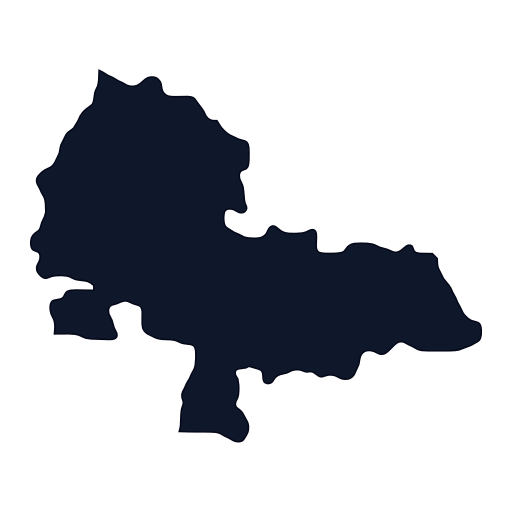 outline of Villa Rivas, Duarte, Dominican Republic
{"feature_id": "3306468B95722442714869", "entity_name": "Villa Rivas", "entity_type": "district", "adm_level": 2, "iso_a3": "DOM", "parent_name": "Dominican Republic", "parent_adm1": "Duarte", "projection": "albers", "projection_center": [-69.879, 19.149], "detail": "fine", "context": "isolated", "style": "filled", "palette": "ink", "viewbox_px": 512, "rotation_deg": 0, "n_neighbors": 0, "source": "geoboundaries", "source_scale": "gbopen_adm2", "svg_char_len": 5978}
<svg xmlns="http://www.w3.org/2000/svg" viewBox="0 0 512 512"><path d="M216.9,120.6L213.7,120.6L211.5,120.3L209.5,119.4L207.8,118.2L205.8,115.7L204.0,111.8L202.1,108.8L197.8,103.1L194.8,98.9L193.2,97.6L191.1,96.9L187.7,96.5L175.3,96.7L171.6,96.6L168.0,96.0L166.0,95.0L163.6,92.8L162.6,91.0L161.9,88.9L161.0,83.5L160.1,81.5L158.1,79.1L156.3,77.8L155.2,77.4L153.0,77.0L150.7,77.0L148.5,77.5L147.4,77.9L145.4,79.1L140.0,83.7L137.0,85.5L133.7,86.3L130.2,86.2L127.0,85.3L122.4,82.7L118.4,80.9L112.9,77.6L107.8,75.3L103.2,72.4L99.1,70.3L98.7,80.2L98.2,83.7L97.7,86.0L95.5,90.7L94.8,92.8L93.7,100.5L92.8,103.5L91.6,105.0L86.6,108.7L83.9,111.1L82.3,112.9L80.3,115.8L78.0,120.8L73.8,127.8L72.4,129.1L68.4,132.0L67.0,133.4L65.8,135.1L61.0,144.8L60.4,147.0L59.4,152.6L58.6,154.7L54.9,162.3L53.7,164.2L52.3,165.8L50.7,167.1L44.8,170.0L41.9,172.1L38.6,175.4L37.3,177.4L36.9,178.4L36.5,180.7L36.6,181.8L37.2,183.9L39.6,188.4L41.4,192.4L44.0,197.1L44.8,199.2L45.2,201.5L45.5,203.8L45.8,212.1L44.5,216.7L41.8,222.4L40.3,227.6L39.5,229.4L38.3,230.8L35.2,233.0L33.0,235.2L31.9,237.0L31.4,238.0L30.9,240.3L30.7,242.5L30.8,244.8L31.2,246.9L32.0,248.8L33.3,250.1L38.1,252.1L39.4,253.4L40.0,255.3L40.1,257.3L39.8,259.4L39.1,261.4L37.3,264.9L36.7,266.9L36.6,268.0L36.8,270.2L37.2,271.4L38.4,273.4L39.9,275.1L41.5,276.6L43.4,277.8L44.4,278.1L45.5,278.3L47.3,278.0L51.9,276.3L55.5,275.7L61.8,275.5L66.8,276.0L69.2,276.6L74.0,278.9L76.0,279.6L78.3,280.0L85.1,280.9L87.4,281.4L90.4,282.8L93.8,285.5L93.8,290.3L76.3,290.0L72.2,290.2L69.6,290.5L67.4,291.3L66.4,292.0L65.2,293.7L63.4,297.1L61.9,298.4L59.8,299.1L54.1,300.2L53.0,300.6L52.0,301.3L51.4,302.1L50.5,304.1L50.1,306.5L50.1,308.9L50.5,311.4L51.1,313.9L53.8,319.6L54.5,322.1L54.8,324.8L54.9,327.5L54.4,333.9L68.3,333.8L75.0,334.2L78.8,335.1L83.4,337.2L85.8,338.1L91.0,338.9L108.4,339.5L112.1,339.4L114.3,338.9L115.2,338.4L116.1,337.7L116.7,336.8L117.0,335.8L116.9,333.8L116.6,332.8L114.1,327.7L111.9,320.1L109.1,314.5L108.8,313.5L108.5,311.3L108.6,309.2L109.3,307.3L109.9,306.4L111.6,305.2L117.3,303.5L120.9,301.9L124.1,301.0L126.4,301.0L128.5,301.6L133.1,303.7L138.9,305.5L140.6,306.7L141.2,307.6L141.9,309.7L142.2,311.9L142.1,323.0L142.3,325.4L142.7,327.8L143.1,329.0L144.2,330.9L145.7,332.5L147.4,333.8L155.0,337.6L158.2,338.7L161.9,339.3L170.8,339.7L174.4,340.2L176.6,340.9L181.4,343.0L183.8,343.6L190.8,344.5L192.9,345.3L193.8,346.0L195.0,347.8L195.7,351.1L195.8,354.7L195.8,358.5L195.3,364.7L194.8,367.2L194.0,369.3L191.5,374.0L189.7,378.1L186.5,383.6L184.7,387.7L182.8,391.4L181.9,394.3L181.9,396.4L182.2,398.4L183.1,400.9L183.3,402.6L183.1,404.4L181.9,408.0L181.4,410.3L181.0,414.0L180.5,425.5L180.1,428.0L179.2,431.5L189.7,431.8L209.2,431.9L215.5,432.2L218.0,432.7L220.2,433.5L224.8,436.1L228.8,438.0L233.3,440.6L235.4,441.4L237.5,441.7L239.7,441.7L241.7,441.1L242.6,440.6L244.0,439.1L246.6,434.9L247.9,432.0L248.4,429.7L248.5,426.2L248.1,423.9L247.4,421.8L242.7,413.2L241.5,411.6L240.1,410.2L236.5,407.4L236.0,406.6L235.4,404.9L235.5,402.9L236.0,401.2L237.7,397.7L238.3,395.4L238.6,392.9L238.8,389.0L238.7,385.1L237.8,378.9L236.0,375.9L235.3,374.2L235.2,372.3L235.4,371.3L235.9,370.4L236.7,369.7L238.4,368.9L246.2,367.8L248.1,366.6L249.7,366.5L258.9,369.2L260.7,370.1L261.5,370.8L262.4,372.5L262.8,374.5L263.2,379.5L263.8,381.3L264.4,382.2L265.2,382.8L267.1,383.5L268.0,383.6L270.0,383.3L271.7,382.4L272.4,381.7L275.0,377.9L276.4,376.5L278.2,375.4L280.2,374.5L286.8,372.9L292.5,370.3L295.9,369.7L298.2,369.7L300.4,370.0L305.0,371.6L306.7,372.0L310.6,371.6L312.4,371.9L314.1,372.8L318.4,375.9L320.2,376.7L322.1,376.8L326.5,375.5L328.6,375.0L331.9,375.0L335.2,375.7L339.9,378.0L341.9,378.8L344.2,379.2L346.4,379.2L348.7,378.9L350.7,378.0L352.4,376.7L353.8,375.1L354.4,374.2L358.8,364.4L360.0,357.8L360.7,355.7L361.8,353.9L363.3,352.3L365.2,351.2L366.3,350.8L368.5,350.5L370.8,350.6L374.0,351.4L379.4,354.0L381.6,354.3L383.7,354.0L384.8,353.6L386.8,352.3L388.7,350.7L394.8,344.6L396.7,343.1L398.8,342.0L401.0,341.7L402.1,341.7L404.2,342.3L408.7,344.7L412.7,346.6L417.3,349.2L419.5,350.0L421.9,350.5L428.2,350.8L448.8,350.8L455.1,350.5L458.9,349.9L469.8,345.8L471.8,344.9L477.9,341.4L479.5,340.0L480.5,338.0L481.2,334.6L481.3,329.8L480.8,326.3L479.9,324.2L479.2,323.4L478.4,322.7L476.6,322.0L471.6,320.6L469.6,319.5L467.7,318.1L465.9,316.4L464.3,314.7L462.9,312.7L460.0,306.7L457.4,302.0L455.7,297.8L452.6,292.2L450.8,288.1L448.8,285.1L443.5,278.6L438.6,268.8L437.9,266.7L437.5,264.4L437.2,258.5L432.4,253.6L419.8,253.4L416.4,252.7L415.5,252.3L414.1,250.9L412.3,246.4L411.7,245.8L410.0,245.1L408.1,245.2L406.2,246.1L401.2,250.2L399.3,251.4L397.2,252.2L395.0,252.3L392.9,251.8L387.3,249.4L379.7,247.3L374.9,245.0L372.7,244.2L367.5,243.4L360.9,243.2L354.3,243.5L351.8,244.1L350.7,244.6L348.9,245.7L347.4,247.0L344.6,250.7L343.9,251.4L343.0,252.0L340.9,252.7L337.2,253.2L333.4,253.4L325.6,253.4L322.0,253.1L319.7,252.6L318.7,252.1L317.8,251.3L317.1,250.4L316.7,249.3L316.4,248.2L316.2,245.8L316.5,236.9L316.3,233.4L315.6,231.4L314.9,230.5L314.0,229.9L313.1,229.7L312.1,229.6L310.3,230.0L306.1,232.0L302.5,233.0L295.9,233.5L289.2,233.4L285.3,232.8L282.9,231.9L280.9,230.8L275.8,226.8L273.9,226.0L272.9,225.9L271.2,226.4L269.7,227.5L268.6,229.0L266.4,233.4L265.1,235.0L263.5,236.3L261.5,237.3L260.3,237.7L257.8,238.1L254.1,238.3L247.7,237.9L244.1,237.0L238.4,234.1L234.3,232.4L226.5,227.5L225.1,225.8L224.3,223.7L223.9,221.3L223.7,217.7L224.0,214.2L224.5,212.0L225.0,211.0L225.8,210.1L226.7,209.5L228.7,208.9L231.8,209.1L233.8,209.7L239.0,212.5L241.0,212.8L242.0,212.8L243.1,212.6L244.8,211.7L246.0,210.2L246.4,209.4L246.7,208.4L246.5,206.6L245.1,203.3L244.4,199.9L243.6,191.0L243.1,187.2L242.4,184.9L239.8,179.2L239.4,177.1L239.3,175.0L239.7,173.0L240.7,171.4L242.1,170.4L246.1,168.8L247.4,167.4L247.9,166.5L248.5,164.3L248.9,160.6L249.0,152.7L248.8,147.7L248.1,144.2L246.9,142.3L246.2,141.6L244.4,140.8L238.4,139.1L229.6,134.9L226.7,132.9L224.0,130.4L221.5,127.7L220.1,125.7L216.9,120.6Z" fill="#0f172a" stroke="#020617" stroke-width="1.5"/></svg>